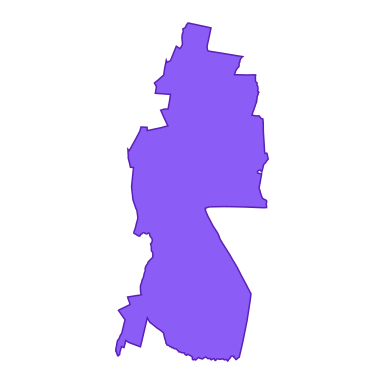 outline of Moiben, Rift Valley, Kenya
{"feature_id": "3690345B75198444085036", "entity_name": "Moiben", "entity_type": "district", "adm_level": 2, "iso_a3": "KEN", "parent_name": "Kenya", "parent_adm1": "Rift Valley", "projection": "natural_earth1", "projection_center": [35.398, 0.724], "detail": "fine", "context": "isolated", "style": "filled", "palette": "violet", "viewbox_px": 384, "rotation_deg": 0, "n_neighbors": 0, "source": "geoboundaries", "source_scale": "gbopen_adm2", "svg_char_len": 6017}
<svg xmlns="http://www.w3.org/2000/svg" viewBox="0 0 384 384"><path d="M239.2,357.3L240.8,350.7L243.1,340.4L247.0,321.0L250.0,301.6L250.1,301.0L251.0,293.8L248.9,289.9L246.5,285.2L240.9,274.7L237.3,267.6L235.2,264.0L232.3,259.2L229.7,254.6L222.3,242.9L219.8,238.6L218.9,235.8L217.7,233.1L213.1,226.1L207.9,216.2L206.4,212.7L206.1,212.1L205.9,211.4L205.6,210.6L205.2,208.3L209.1,206.9L212.8,206.8L223.9,206.6L231.8,206.7L245.3,207.0L262.5,207.7L264.7,207.7L265.4,207.6L266.6,207.6L266.6,206.5L266.3,204.8L266.4,202.9L266.7,201.7L266.7,201.2L266.5,200.6L266.1,200.2L263.0,198.7L262.5,198.2L262.2,197.6L261.4,195.8L260.5,192.8L260.2,192.1L260.0,190.4L259.7,189.9L259.2,188.8L259.1,187.9L259.7,184.3L260.1,182.9L260.4,180.8L261.4,175.3L261.6,173.8L257.8,173.2L257.5,172.0L257.4,171.4L258.6,170.6L259.9,169.8L260.6,170.5L261.8,171.9L263.0,167.6L263.2,166.5L263.3,165.9L263.6,165.0L264.0,164.2L264.6,163.5L265.8,162.5L266.3,161.3L266.9,160.6L267.6,159.9L268.3,159.0L267.8,157.4L267.3,154.5L267.1,153.9L266.7,153.1L264.9,153.5L264.6,151.9L264.0,141.8L263.4,132.3L263.3,128.7L263.3,124.0L263.1,121.2L262.9,119.0L262.0,118.7L261.2,118.5L260.6,117.8L259.5,116.3L259.0,115.8L256.0,116.0L255.1,115.7L251.9,115.2L252.6,113.1L253.0,111.8L253.7,110.2L254.5,107.7L255.1,106.1L255.5,104.6L256.3,102.7L256.5,102.1L256.7,101.4L256.3,100.9L256.7,100.2L257.0,99.6L257.0,98.9L257.0,98.2L257.1,97.6L256.9,96.7L257.4,96.2L257.6,95.4L258.0,94.7L258.2,94.0L258.1,93.4L258.2,92.7L258.8,92.3L258.4,91.7L257.7,91.5L257.6,90.9L257.9,90.1L258.0,89.4L258.0,88.7L258.0,88.0L257.8,87.3L257.8,86.4L256.9,85.1L256.8,84.4L257.1,83.7L257.0,82.8L256.5,82.3L255.6,81.6L255.4,81.0L255.5,80.4L255.4,77.6L255.4,76.3L255.6,75.7L255.7,75.0L255.2,74.8L246.5,75.0L239.1,74.8L234.5,74.7L234.6,73.9L235.4,72.3L235.5,71.4L236.0,70.3L237.4,68.1L237.9,67.6L238.6,67.2L238.9,66.3L239.2,65.4L239.0,64.5L239.0,63.9L239.2,63.2L239.8,61.9L240.0,60.7L240.3,59.5L240.7,58.7L241.3,58.0L242.1,57.1L242.7,56.6L238.0,55.9L230.9,54.7L226.0,53.9L222.5,53.3L208.1,51.0L207.4,49.5L207.1,46.0L208.1,41.6L208.5,39.8L209.8,33.7L211.0,27.9L205.3,26.6L199.1,25.3L194.6,24.3L192.0,23.8L189.4,23.2L188.0,23.0L187.5,23.5L186.9,24.3L186.2,25.4L186.0,26.1L185.5,26.9L185.1,27.9L184.4,28.1L183.9,28.3L182.8,29.0L183.1,30.6L183.3,31.7L182.5,33.5L182.3,34.1L182.3,34.9L182.3,35.5L182.0,36.2L181.9,36.9L182.1,37.6L181.9,38.4L182.1,39.1L182.1,40.1L182.2,41.0L182.4,42.0L182.4,42.6L182.3,43.6L182.4,44.4L182.2,45.0L181.3,46.7L180.0,48.6L176.3,46.2L170.5,60.6L167.1,62.3L166.7,61.2L166.3,60.2L164.7,68.1L163.7,75.0L158.0,80.1L154.4,83.0L156.4,86.5L156.0,89.5L155.3,93.3L170.5,94.4L169.3,102.3L168.0,109.1L164.7,109.0L160.7,110.2L164.7,119.1L167.4,124.8L167.9,125.8L161.0,127.7L150.2,130.0L147.2,130.6L147.1,127.3L141.0,127.0L139.9,131.1L136.3,137.9L130.7,148.1L129.7,149.8L129.1,150.7L127.9,149.3L128.3,156.6L128.2,157.5L128.3,158.4L129.8,164.2L130.4,167.3L133.5,167.5L131.6,186.4L131.7,187.8L131.9,190.3L132.3,193.7L132.5,195.0L132.6,196.9L133.0,200.0L133.4,201.0L133.7,202.0L134.2,203.5L134.8,205.2L135.8,208.2L136.1,208.9L136.6,209.6L136.9,210.6L137.5,214.9L137.7,216.9L137.8,218.0L137.6,219.1L137.2,220.9L136.7,222.4L135.7,226.6L135.3,228.1L134.7,229.9L133.9,232.1L133.8,233.0L134.3,233.5L135.7,234.2L137.9,235.6L138.5,235.9L139.1,235.9L139.7,236.1L140.2,235.7L140.7,234.3L141.3,234.1L142.1,233.7L142.6,233.1L143.4,232.6L144.0,232.7L145.8,233.8L147.3,233.8L147.7,233.4L148.4,233.1L148.9,233.1L149.4,233.5L150.0,236.0L150.3,236.5L151.2,237.6L151.7,238.3L152.0,239.0L152.2,239.6L152.3,240.2L152.2,240.8L152.0,241.8L151.8,242.7L150.6,243.7L150.6,244.3L150.9,244.9L151.4,247.7L151.3,249.2L151.3,250.2L151.6,251.1L152.1,251.8L152.6,252.4L152.9,253.2L152.8,254.9L152.8,256.7L152.6,257.4L152.2,257.9L150.3,259.7L149.2,260.9L148.7,261.3L148.2,262.0L147.8,262.9L147.6,263.6L147.3,264.1L146.0,265.8L145.8,266.4L145.2,268.1L145.1,269.0L145.2,270.0L145.2,270.7L145.0,271.6L144.3,273.2L143.8,275.6L143.1,278.3L142.6,279.0L142.3,279.6L142.0,280.4L141.7,282.1L141.5,282.7L140.9,284.3L140.7,284.9L140.5,285.9L140.4,286.7L140.4,287.7L140.5,289.8L140.6,291.8L140.9,293.4L141.2,294.3L141.5,294.7L139.9,295.1L137.2,295.5L127.6,297.0L128.1,298.7L129.5,302.5L130.1,304.5L119.1,309.9L118.5,310.3L121.3,314.5L125.1,319.8L124.2,323.1L122.9,328.5L121.8,333.2L121.0,334.4L120.2,335.7L119.4,338.0L118.8,339.0L118.1,339.7L117.5,340.6L117.3,341.6L116.7,344.4L116.4,346.6L116.1,347.4L115.7,350.5L115.9,351.4L116.5,351.8L116.5,352.8L116.8,353.6L117.2,354.1L117.3,354.8L117.6,355.7L118.2,355.9L118.8,355.3L119.1,354.9L119.7,354.4L119.9,352.0L120.8,349.1L121.5,346.6L124.0,347.6L125.9,340.4L128.4,342.3L132.9,344.0L140.4,346.8L141.3,343.4L147.3,317.9L148.1,319.3L149.9,322.3L153.9,325.4L156.6,327.7L160.2,330.1L162.6,332.1L163.7,333.3L164.0,335.3L164.9,338.9L165.6,340.9L166.0,343.2L167.1,345.0L168.4,345.4L169.1,345.7L169.6,346.2L170.0,346.6L171.5,347.0L171.8,347.6L172.7,347.7L173.5,348.1L174.1,348.6L174.7,348.7L176.0,348.9L176.7,349.3L177.3,350.0L178.0,350.7L178.4,351.2L179.0,352.0L180.3,351.9L180.7,352.2L181.3,352.6L182.4,352.9L182.9,352.8L183.4,352.8L184.1,352.7L184.5,353.6L185.3,354.7L186.1,355.1L186.7,355.3L187.1,354.7L187.8,354.3L188.6,354.7L189.9,355.4L190.3,355.6L191.0,356.0L191.5,356.3L192.4,357.2L192.3,358.4L192.4,359.2L193.0,359.8L193.7,359.7L194.5,359.3L195.3,360.0L195.8,359.9L196.9,358.8L198.7,357.4L199.3,357.7L199.7,358.2L202.3,359.0L202.8,358.7L203.4,358.2L205.2,357.2L206.0,357.1L206.7,357.6L207.3,358.3L207.8,358.6L208.7,358.6L209.5,358.5L210.1,358.5L210.4,359.3L211.3,359.8L212.1,359.3L212.9,358.9L213.7,358.6L214.3,358.8L214.6,359.8L215.2,360.5L215.8,360.3L216.3,359.5L217.2,358.9L217.9,358.7L219.2,359.3L220.8,359.2L221.6,359.1L223.1,358.8L223.6,359.3L224.3,359.8L225.0,359.8L225.7,359.6L226.3,359.5L226.8,359.8L227.2,360.6L227.6,361.0L228.2,360.6L228.4,359.9L229.2,359.0L229.8,358.4L230.7,357.0L231.3,356.3L232.0,356.0L232.6,356.0L233.2,356.3L233.8,356.4L233.6,357.0L235.6,358.9L235.8,359.5L236.5,359.4L237.3,358.6L238.0,357.9L239.2,357.3Z" fill="#8b5cf6" stroke="#5b21b6" stroke-width="1.5"/></svg>